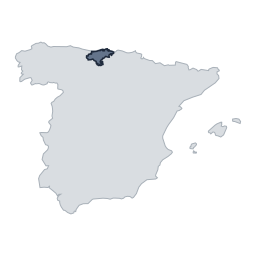 where Cantabria sits in Spain
{"feature_id": "ESP-5813", "entity_name": "Cantabria", "entity_type": "Autonomous Community", "adm_level": 1, "iso_a3": "ESP", "parent_name": "Spain", "parent_adm1": "", "projection": "orthographic", "projection_center": [-3.983, 43.14], "detail": "fine", "context": "in_parent", "style": "filled", "palette": "slate", "viewbox_px": 256, "rotation_deg": 0, "n_neighbors": 0, "source": "natural_earth", "source_scale": "10m", "svg_char_len": 6550}
<svg xmlns="http://www.w3.org/2000/svg" viewBox="0 0 256 256"><path d="M135.5,50.8L135.5,51.6L136.8,53.0L140.7,53.8L141.7,54.3L141.6,56.4L140.7,58.1L141.6,58.8L142.5,58.8L143.6,57.4L143.9,58.3L145.7,59.1L149.7,60.5L152.4,60.6L155.4,63.6L160.0,62.8L164.4,65.7L168.3,64.8L169.2,65.3L175.3,65.1L175.5,62.6L176.1,61.6L186.9,64.4L188.3,66.4L188.2,67.5L188.9,69.9L190.2,69.7L193.0,68.1L196.7,69.6L197.7,71.0L198.5,71.1L201.1,69.4L208.6,70.6L208.8,69.4L209.3,69.0L212.3,67.7L213.5,67.4L217.5,67.8L218.1,69.2L218.9,69.7L219.3,70.8L217.1,71.8L217.0,73.9L218.6,75.5L219.0,78.5L215.3,82.8L204.4,90.3L201.0,94.5L192.6,97.2L183.9,100.7L178.9,106.3L180.2,106.6L181.9,108.3L181.4,109.1L179.2,110.5L177.1,111.0L173.6,117.7L168.5,124.7L166.6,127.8L162.7,135.9L162.7,138.2L165.2,145.9L166.5,147.9L168.2,149.5L171.6,150.8L172.4,152.2L171.4,153.7L168.2,156.3L162.7,159.8L160.4,162.6L159.9,165.1L158.3,166.3L157.8,169.8L155.7,174.8L155.6,176.1L157.4,177.8L155.7,179.0L146.9,179.7L141.5,183.7L138.8,187.2L136.4,193.6L133.5,197.4L132.1,198.1L130.0,196.5L127.4,196.3L124.9,196.9L123.6,198.2L121.5,198.9L119.5,198.3L115.1,198.1L113.1,198.1L110.1,199.2L107.5,198.5L103.0,198.2L93.5,199.0L92.3,199.4L88.0,203.6L83.3,203.7L79.1,205.3L76.2,209.4L75.7,211.6L74.8,211.1L74.2,211.3L73.8,212.9L70.9,213.9L67.6,212.5L65.0,210.4L63.5,210.2L61.3,207.0L60.3,204.9L59.7,202.7L59.7,201.1L57.7,200.2L57.2,198.2L58.8,195.6L60.8,194.2L58.9,194.3L57.5,195.9L55.9,193.2L49.2,187.7L49.6,185.8L48.4,187.2L47.6,187.5L44.1,187.2L40.0,187.6L38.6,178.6L39.7,175.5L44.5,169.6L47.3,168.8L48.6,165.7L46.0,165.8L42.1,159.5L43.4,153.9L47.6,149.8L48.3,148.1L48.5,146.6L47.8,145.4L45.6,144.7L43.4,140.1L43.0,137.3L41.2,135.7L39.8,132.8L41.2,132.5L46.9,132.7L48.3,132.0L49.4,130.2L50.6,127.2L50.9,125.3L48.8,122.6L48.7,122.0L49.1,121.1L52.6,118.3L52.0,116.0L52.7,111.4L52.5,108.7L52.2,106.4L51.1,103.5L51.9,102.3L53.7,101.4L55.2,99.1L57.4,97.2L60.1,95.7L63.4,92.3L62.9,90.7L61.8,89.8L58.0,89.0L57.7,88.3L57.9,84.6L56.9,83.0L55.5,83.1L53.4,82.4L52.9,82.8L50.1,82.6L48.3,81.9L47.4,82.4L47.2,83.7L43.9,85.0L42.1,84.8L39.2,83.5L35.8,83.8L35.5,83.5L32.5,84.9L31.6,84.9L30.5,83.0L32.2,80.3L30.9,77.7L30.1,77.6L24.7,79.2L21.5,81.5L20.2,81.7L19.8,81.2L19.9,77.7L23.3,74.2L21.3,73.8L21.4,72.7L22.8,71.1L21.5,69.8L21.8,66.0L18.8,67.0L18.1,66.8L18.2,65.3L20.1,62.4L18.3,61.9L17.0,60.7L15.4,58.1L15.4,56.8L16.6,53.8L19.1,52.6L21.7,50.6L25.0,51.2L30.0,49.7L31.8,48.8L31.8,47.6L31.3,46.6L31.8,45.7L36.0,43.4L38.4,43.2L40.9,42.1L42.6,43.0L44.0,42.7L45.7,43.8L47.8,46.1L50.9,47.1L53.5,46.5L66.7,46.7L70.4,45.7L73.3,47.1L78.9,47.9L82.3,49.1L91.6,51.1L95.0,51.1L101.8,49.2L103.6,49.7L106.4,48.8L107.7,49.0L109.4,50.3L115.4,52.0L116.9,50.5L118.1,50.1L122.4,51.0L126.8,52.8L129.0,52.9L132.3,52.3L135.5,50.8ZM221.2,126.1L222.9,126.7L224.5,125.9L225.4,126.1L226.4,126.3L226.7,127.7L223.6,134.9L220.8,137.0L217.8,135.8L216.0,135.5L215.5,135.0L214.9,132.9L214.1,132.2L212.9,132.0L210.8,133.9L210.0,132.8L208.9,132.7L208.4,132.0L208.4,131.1L215.0,125.2L216.9,123.9L221.1,122.1L221.8,122.3L221.3,123.2L221.9,123.9L221.2,126.1ZM240.6,121.5L240.1,123.5L234.7,121.5L233.0,121.3L232.6,121.0L232.6,119.1L236.0,118.5L238.9,119.1L240.6,121.5ZM193.6,147.5L193.1,148.9L190.4,148.6L189.8,148.1L190.3,146.5L191.0,146.3L191.0,145.2L191.7,144.0L195.4,142.9L196.3,143.6L196.5,144.7L194.4,147.1L193.6,147.5ZM196.5,152.8L196.1,153.1L193.3,153.0L193.1,152.1L193.7,150.8L194.8,152.0L196.4,152.1L196.5,152.8Z" fill="#d9dde1" stroke="#a8b0b8" stroke-width="1"/><path d="M91.7,51.4L91.8,51.4L92.3,51.8L92.6,51.4L93.1,51.4L93.5,51.5L93.8,51.8L94.1,51.5L94.2,51.4L95.0,51.5L97.0,51.3L97.4,51.0L98.4,50.7L98.8,50.6L99.5,50.6L99.6,50.4L99.8,50.3L100.3,50.6L100.5,50.5L100.6,50.4L100.4,50.3L100.4,50.1L101.0,49.7L101.5,49.7L101.8,49.6L102.3,49.4L102.8,49.3L103.3,49.4L103.7,49.7L103.0,50.0L102.7,50.2L102.5,50.4L102.7,50.6L102.8,50.7L102.8,50.8L102.7,50.8L102.9,50.9L103.0,50.9L103.3,50.8L103.4,50.6L103.6,50.3L103.8,50.3L104.0,50.5L104.1,50.3L104.0,50.1L103.9,50.0L103.9,49.8L104.2,49.9L104.3,49.9L104.4,50.0L104.4,49.9L104.5,49.8L104.4,49.7L104.5,49.6L105.0,49.6L105.4,49.3L105.5,49.2L106.8,48.8L107.2,48.8L107.1,49.2L107.4,49.2L107.6,49.4L107.8,49.6L108.0,49.7L109.1,49.9L109.2,50.0L109.2,50.4L108.9,50.4L108.7,50.3L108.5,50.2L108.5,50.3L108.4,50.5L108.0,50.7L108.3,50.8L108.5,51.0L108.9,50.7L109.1,51.0L109.3,51.0L109.8,50.9L110.0,50.9L110.8,51.2L111.8,51.3L112.5,51.6L112.9,51.7L113.3,52.1L113.7,52.3L113.7,53.0L113.6,53.3L112.8,53.8L112.7,53.7L112.3,53.6L111.9,53.7L110.9,53.6L110.7,53.7L110.5,53.9L109.2,54.9L109.0,55.1L109.0,55.3L109.0,55.5L109.0,55.8L109.0,56.1L109.1,56.3L109.3,56.9L109.3,57.2L108.9,57.2L108.4,57.1L108.1,57.2L107.8,57.1L107.3,56.9L106.9,56.8L106.4,56.7L106.0,56.4L105.9,56.4L105.7,56.4L105.5,56.5L105.1,56.9L104.8,57.4L104.5,57.7L104.3,57.8L104.0,58.0L103.8,58.2L103.6,58.3L103.0,58.3L102.9,58.3L102.7,58.3L102.6,58.6L102.6,58.8L102.6,59.0L102.4,59.2L102.2,59.3L101.9,59.4L101.7,59.6L101.4,59.9L101.1,60.1L100.9,60.2L100.8,60.3L100.6,60.6L100.3,61.6L100.2,61.8L100.3,61.9L100.3,62.1L100.6,62.3L100.9,62.4L101.2,62.3L101.6,62.1L101.7,61.9L101.8,61.7L102.1,61.5L102.2,61.4L102.3,61.5L102.5,61.6L102.7,61.9L102.7,62.0L102.1,62.5L101.7,62.5L101.5,62.8L101.5,63.2L101.6,63.4L101.6,63.5L101.9,63.6L102.0,63.5L102.1,63.3L102.2,63.1L102.4,63.0L102.6,63.0L102.8,63.3L102.8,63.7L102.8,63.8L103.0,64.1L103.0,64.3L103.0,64.5L102.9,64.6L102.2,64.7L101.9,64.8L101.3,65.3L101.2,65.4L100.8,65.5L100.6,65.5L100.0,65.4L100.0,65.0L100.0,64.9L100.0,64.4L100.0,64.2L99.8,64.3L99.7,64.4L99.2,65.4L98.6,65.5L98.4,65.2L98.2,65.0L97.6,64.9L97.4,64.9L97.1,64.6L97.0,64.3L97.0,64.2L97.4,64.0L97.6,64.0L97.8,63.8L97.9,63.7L97.7,63.4L97.2,63.5L96.8,63.7L96.7,63.8L96.5,63.7L96.4,63.6L96.4,63.4L96.3,63.1L96.3,62.9L96.3,62.6L96.2,62.5L96.2,62.2L96.1,61.9L96.2,61.7L96.1,61.4L95.9,61.2L94.2,60.6L94.0,60.4L93.9,60.3L93.8,60.1L93.5,59.5L93.4,59.4L93.0,59.2L92.8,59.1L92.5,59.1L92.2,59.3L91.8,59.4L91.6,59.4L91.1,59.7L90.9,59.7L90.3,59.7L89.7,59.8L88.8,59.8L88.6,59.9L88.2,59.9L88.1,59.3L88.1,59.2L87.7,58.9L87.6,58.6L86.9,58.1L86.7,58.0L86.6,57.8L86.5,57.5L86.5,57.2L86.6,56.0L86.8,56.1L87.3,56.0L87.4,55.9L87.6,55.9L87.9,56.0L88.0,56.0L88.2,55.9L88.3,55.6L88.3,55.3L88.3,55.1L88.3,54.7L88.5,54.4L88.8,54.2L89.0,54.2L89.3,54.3L89.6,54.2L89.8,54.2L90.0,54.0L90.1,53.8L90.3,53.7L90.5,53.7L90.9,53.7L91.0,53.8L91.1,54.1L91.4,54.1L91.5,54.0L91.6,53.9L91.6,53.7L91.6,53.2L91.5,52.8L91.4,52.7L91.4,52.4L91.6,52.1L91.8,51.8L91.7,51.5L91.7,51.4ZM111.2,54.5L111.5,54.6L111.8,55.0L111.3,55.4L111.2,55.3L111.2,54.5Z" fill="#64748b" stroke="#1e293b" stroke-width="1.5"/></svg>